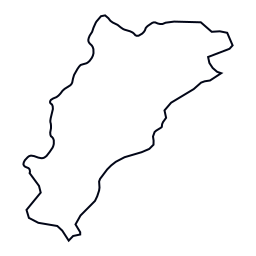 SVG path tracing the border of Savona
{"feature_id": "ITA-5368", "entity_name": "Savona", "entity_type": "Province", "adm_level": 1, "iso_a3": "ITA", "parent_name": "Italy", "parent_adm1": "", "projection": "robinson", "projection_center": [8.236, 44.237], "detail": "fine", "context": "isolated", "style": "outline", "palette": "ink", "viewbox_px": 256, "rotation_deg": 0, "n_neighbors": 0, "source": "natural_earth", "source_scale": "10m", "svg_char_len": 1925}
<svg xmlns="http://www.w3.org/2000/svg" viewBox="0 0 256 256"><path d="M221.2,73.2L210.0,80.5L204.7,81.3L201.1,82.6L193.7,89.1L171.1,102.7L164.5,110.4L166.1,117.8L163.0,122.1L162.1,124.2L161.8,126.9L160.8,127.8L156.2,130.6L154.6,132.0L153.0,136.5L153.6,140.7L153.5,144.7L149.3,148.9L141.6,152.2L124.6,157.2L115.8,161.8L111.2,165.4L107.2,169.4L100.1,178.8L99.1,181.5L99.5,187.6L99.1,190.5L97.2,196.3L95.0,200.9L80.5,215.5L75.5,224.4L80.2,232.2L80.2,234.5L73.1,236.0L68.7,240.6L62.3,230.7L57.3,226.0L38.3,222.8L28.9,217.9L26.5,209.9L40.7,192.6L39.0,185.9L29.6,173.1L30.0,171.9L29.7,169.8L29.1,168.7L28.4,168.1L26.0,167.1L24.8,166.5L23.9,165.5L23.4,164.2L23.8,162.3L24.9,160.2L27.7,157.2L29.2,156.1L31.0,155.6L34.1,156.1L38.3,157.6L41.3,158.2L42.8,158.1L43.8,157.8L44.6,157.4L46.5,156.0L49.7,151.9L52.6,147.6L53.3,145.9L53.8,143.9L53.8,140.3L53.1,138.4L52.1,137.1L51.0,136.3L50.4,134.8L50.2,132.5L51.0,128.2L51.0,125.7L50.8,123.7L50.4,122.3L50.3,120.8L50.7,118.2L52.9,109.0L52.7,106.3L52.0,104.5L50.9,103.7L50.1,102.7L50.1,101.3L50.9,99.9L53.1,98.5L56.5,97.1L58.5,95.6L60.4,93.6L62.5,90.8L64.6,88.9L70.3,85.3L71.4,84.1L72.2,82.6L73.0,78.6L74.1,74.9L77.5,68.9L79.1,66.6L80.6,65.0L81.8,64.6L86.4,63.3L87.5,62.7L88.5,61.9L89.6,60.9L91.8,57.9L92.9,55.6L93.5,53.2L93.4,49.1L92.7,47.0L91.8,45.5L89.9,43.7L89.1,42.7L88.5,41.5L88.3,40.0L88.7,38.1L89.7,35.6L92.1,31.9L93.5,27.7L95.6,23.0L96.4,21.6L101.0,16.2L105.1,15.4L108.4,18.2L109.9,20.2L110.5,20.9L112.7,22.5L117.6,24.9L120.6,27.3L122.9,28.9L124.4,29.6L130.1,31.3L132.6,32.5L133.6,33.3L134.5,34.2L135.3,35.2L136.7,35.8L138.6,35.7L142.2,33.6L143.8,32.0L144.9,30.4L145.3,29.3L145.7,28.1L146.2,27.5L146.9,26.7L147.8,25.9L152.2,22.9L153.6,22.4L155.2,22.4L157.8,23.5L160.0,24.0L162.5,24.0L165.6,22.7L174.1,21.6L200.8,22.3L211.7,31.8L219.8,31.3L227.2,32.8L232.6,45.4L229.5,48.8L208.1,57.0L209.4,63.0L212.7,68.0L217.1,71.8L221.2,73.2Z" fill="none" stroke="#020617" stroke-width="2"/></svg>